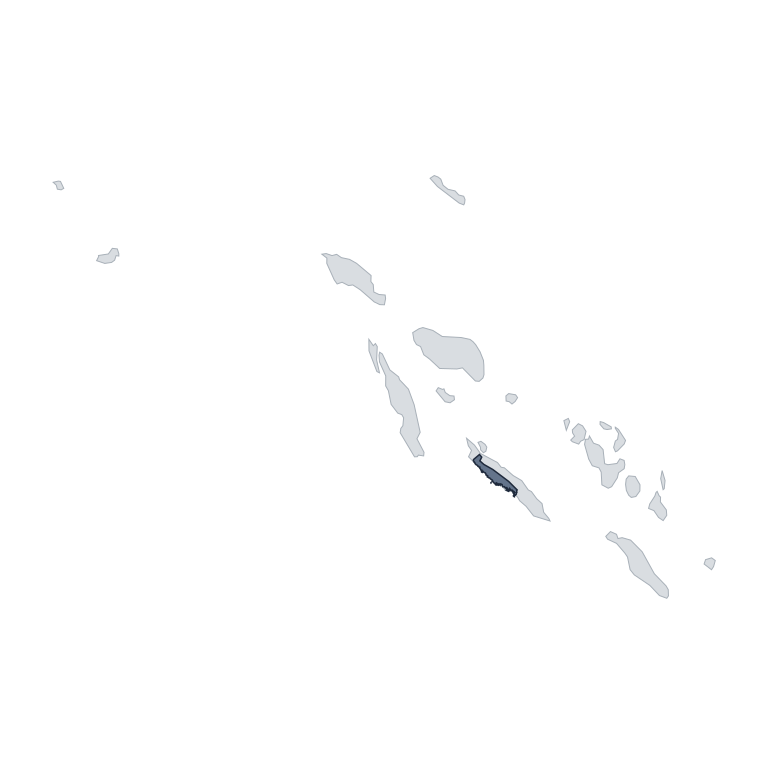 Marigne-Kokota, Isabel, Solomon Islands shown in context, rotated 181°
{"feature_id": "97153195B92946274587204", "entity_name": "Marigne-Kokota", "entity_type": "district", "adm_level": 2, "iso_a3": "SLB", "parent_name": "Solomon Islands", "parent_adm1": "Isabel", "projection": "equal_earth", "projection_center": [159.347, -8.097], "detail": "fine", "context": "in_parent", "style": "filled", "palette": "slate", "viewbox_px": 768, "rotation_deg": 181, "n_neighbors": 0, "source": "geoboundaries", "source_scale": "gbopen_adm2", "svg_char_len": 8299}
<svg xmlns="http://www.w3.org/2000/svg" viewBox="0 0 768 768"><g transform="rotate(181 384 384)"><path d="M292.7,388.6L305.8,401.5L311.4,400.3L328.6,400.5L338.8,409.7L344.7,413.9L348.1,422.1L352.2,424.0L354.8,428.2L356.2,435.9L349.9,439.9L346.1,441.1L336.1,438.4L326.6,432.5L307.6,431.8L298.8,430.1L295.8,427.9L293.0,424.9L288.5,417.8L285.0,409.4L284.5,404.5L284.2,395.1L285.2,391.7L288.9,388.3L292.7,388.6ZM352.2,311.7L367.0,335.6L366.4,339.9L364.4,342.6L363.8,350.6L365.7,353.7L369.7,355.1L376.5,363.7L379.5,377.4L382.3,382.1L382.4,392.1L388.9,406.0L389.5,412.7L388.9,415.7L386.2,414.0L378.4,398.2L369.5,391.4L368.5,388.5L359.5,379.3L353.5,363.8L347.0,336.3L350.1,329.8L342.8,316.4L343.1,312.8L348.4,313.5L349.4,311.9L352.2,311.7ZM298.6,323.7L300.5,331.2L292.5,324.5L286.4,316.3L269.1,307.4L265.4,302.8L262.2,302.3L253.4,294.8L244.6,289.8L237.9,280.6L234.7,279.0L229.3,271.9L223.9,267.2L222.1,258.5L216.9,252.5L215.6,249.9L232.1,254.7L239.8,264.2L246.3,269.6L248.6,273.4L254.5,278.8L259.8,279.2L265.1,284.6L269.9,286.0L273.7,288.8L298.2,312.7L295.3,319.1L298.6,323.7ZM409.4,477.8L416.9,482.5L421.2,481.8L427.7,485.0L432.6,483.2L435.6,487.3L443.3,503.6L443.3,508.9L448.4,512.7L444.1,513.4L438.2,511.5L433.6,512.8L428.8,509.6L420.6,508.0L413.6,504.2L398.8,492.2L398.9,486.2L396.5,483.2L395.8,475.8L390.6,473.4L384.4,473.0L383.9,469.4L385.0,463.2L389.6,463.3L395.2,465.9L409.4,477.8ZM157.7,232.7L159.6,235.5L155.0,240.4L148.9,237.8L147.4,233.6L143.2,234.5L134.7,232.2L122.9,220.7L110.4,199.0L98.4,187.0L96.2,183.3L95.9,177.1L97.5,174.7L104.9,177.3L114.6,187.2L130.4,197.5L134.7,202.7L137.5,215.3L140.2,219.1L148.7,228.7L157.7,232.7ZM174.3,305.9L178.0,312.5L182.4,327.1L181.6,332.2L178.5,332.5L177.7,335.6L173.5,328.5L167.9,326.6L163.8,322.2L162.0,308.2L158.8,307.2L149.7,308.6L146.8,313.3L142.6,311.8L141.8,307.6L142.4,303.5L147.9,299.4L149.1,294.2L154.6,285.3L158.0,283.7L164.4,287.0L165.3,299.7L167.6,303.9L174.3,305.9ZM341.5,590.5L337.4,593.3L333.6,591.9L330.8,589.8L328.4,583.7L323.4,579.8L316.3,578.3L312.6,574.3L307.6,573.1L306.2,569.8L306.6,566.3L307.4,564.5L312.0,566.2L334.0,582.4L341.5,590.5ZM110.1,280.3L109.0,281.4L107.0,277.1L105.5,275.7L105.6,270.9L99.5,263.0L99.0,257.6L102.5,252.3L107.2,255.4L111.9,262.1L117.3,264.2L116.2,268.7L111.3,276.6L110.1,280.3ZM140.2,293.1L137.7,296.4L131.2,295.9L126.3,287.7L126.3,281.5L130.2,275.9L134.8,274.9L137.4,277.1L139.8,281.8L140.7,287.8L140.2,293.1ZM194.9,341.4L189.0,347.7L184.7,345.6L181.2,340.2L183.0,331.9L186.4,330.2L188.3,327.3L194.7,329.6L196.3,331.2L192.5,335.2L194.6,338.4L194.9,341.4ZM671.7,507.5L661.9,509.2L658.0,514.9L653.0,514.4L651.4,509.6L651.4,507.3L654.1,507.7L655.5,503.1L658.5,500.8L665.3,499.7L673.5,502.3L671.5,506.5L671.7,507.5ZM399.6,416.9L399.9,428.4L395.4,422.1L393.3,424.3L391.4,421.3L391.8,407.9L388.7,395.1L391.3,396.3L399.6,416.9ZM152.0,343.8L152.0,344.9L148.8,342.7L141.5,331.8L142.8,328.2L149.4,321.2L151.4,320.3L153.3,324.6L151.7,331.0L149.5,332.7L148.6,338.7L152.0,343.8ZM317.6,366.4L322.6,367.3L331.8,378.0L329.7,381.3L325.4,379.6L324.0,380.2L322.6,376.6L318.0,373.5L313.8,373.2L313.3,369.5L317.6,366.4ZM259.2,376.6L252.2,375.5L250.2,372.7L252.6,368.8L255.7,366.2L258.5,368.5L261.6,369.1L261.9,374.2L259.2,376.6ZM59.4,214.0L53.4,215.9L49.7,213.3L51.3,207.2L53.3,204.0L60.8,209.6L59.4,214.0ZM289.0,327.3L286.1,328.4L281.9,325.4L280.1,322.7L281.0,318.5L283.4,317.0L286.2,319.8L286.5,322.6L289.0,327.3ZM718.3,579.9L713.1,581.2L711.0,580.9L707.6,574.0L710.2,572.5L714.0,573.1L715.1,577.1L718.3,579.9ZM167.3,347.4L167.2,350.2L163.8,349.3L156.1,345.1L155.9,343.1L160.2,342.4L163.4,343.0L167.3,347.4ZM105.7,294.2L104.4,302.3L101.3,292.4L102.0,284.2L103.1,283.2L105.7,294.2ZM203.5,350.5L199.1,352.8L197.7,349.6L200.9,340.9L203.5,350.5Z" fill="#d9dde1" stroke="#a8b0b8" stroke-width="1"/><path d="M287.3,315.2L293.0,310.2L293.3,309.7L293.3,309.1L293.3,308.8L293.1,308.6L292.7,308.1L292.5,307.8L292.5,307.5L292.5,307.4L292.2,307.3L292.0,307.2L291.8,306.9L291.8,306.7L291.7,306.6L291.7,306.4L291.4,306.0L291.4,305.8L291.0,305.5L290.8,305.2L290.7,305.1L290.5,304.9L290.4,304.9L290.2,304.9L289.8,304.7L289.6,304.5L289.2,304.2L288.7,303.6L288.6,303.3L288.1,303.2L287.8,303.0L287.7,303.1L287.4,302.7L287.3,302.4L287.2,302.2L286.9,302.1L286.9,301.9L286.8,301.7L286.7,301.8L286.7,301.7L286.4,301.2L286.0,300.6L285.9,300.3L285.5,299.7L285.4,299.2L285.1,299.2L285.0,298.9L284.9,299.0L284.9,298.8L284.9,298.7L284.8,298.8L284.8,299.0L284.7,299.0L284.4,298.7L284.2,298.6L283.9,298.7L283.4,298.0L283.2,298.1L283.1,297.8L282.4,297.4L282.2,297.3L281.7,297.2L281.1,296.9L280.9,296.6L280.6,296.0L280.5,295.6L280.5,295.2L280.3,295.0L280.2,294.7L280.2,294.8L280.2,294.7L279.9,294.7L279.5,294.4L279.3,294.0L279.1,293.8L279.0,294.0L278.9,294.0L278.7,294.1L278.4,293.8L278.2,293.7L278.5,293.8L278.8,293.9L278.9,293.5L278.9,293.2L279.1,293.1L279.0,292.8L278.7,292.9L278.6,293.0L277.9,292.4L277.6,292.0L277.0,292.0L276.8,291.9L276.6,291.9L276.5,291.7L276.3,291.4L275.9,290.9L275.2,290.6L274.8,290.2L274.5,290.0L274.2,290.0L274.1,289.9L273.9,289.6L273.7,289.3L273.7,288.8L273.7,288.7L273.7,288.2L273.8,288.4L273.6,288.0L273.6,288.3L273.3,288.3L273.1,287.8L272.8,287.7L272.6,287.2L272.0,286.9L271.8,286.7L271.4,286.5L271.2,286.1L271.0,285.6L270.9,285.5L270.6,285.4L270.4,285.0L270.2,284.9L269.9,284.9L269.7,284.9L269.9,285.1L269.8,285.3L270.0,285.4L270.0,285.7L270.1,285.9L270.1,286.0L269.9,286.0L269.7,286.1L269.8,286.3L270.0,286.8L270.0,287.1L269.9,287.1L269.7,287.1L269.6,286.6L269.5,286.4L269.4,286.2L269.1,286.1L269.1,286.5L268.9,286.3L268.7,286.1L268.9,286.1L268.8,285.9L268.7,285.9L268.3,285.1L268.1,285.0L267.9,285.0L267.0,284.4L267.4,284.9L267.5,285.3L267.6,285.6L267.4,285.6L267.4,285.9L267.2,285.8L267.1,286.0L267.0,285.9L267.0,285.7L266.8,285.4L266.4,285.4L266.3,285.2L266.2,285.1L266.2,285.3L266.3,285.3L266.3,285.8L266.2,285.8L266.1,286.0L265.9,286.2L265.7,286.2L265.3,286.1L265.2,285.7L265.1,285.4L264.8,285.4L264.6,285.5L264.3,285.6L264.1,285.5L264.1,285.3L264.1,285.1L264.1,284.5L264.2,284.2L264.1,284.3L263.9,284.2L263.8,284.3L263.7,284.2L263.7,284.3L263.7,284.1L263.6,283.9L263.6,283.7L263.4,283.3L263.2,283.2L262.9,283.1L262.7,283.0L262.7,282.9L262.6,283.1L262.2,283.4L262.1,283.5L261.9,283.5L261.8,283.4L261.6,283.3L261.5,283.1L261.3,282.5L261.1,282.5L260.9,282.2L260.6,282.0L260.7,282.3L260.4,282.4L260.1,282.4L259.9,282.4L259.9,282.5L259.9,282.4L259.7,282.4L259.8,282.4L259.7,282.4L259.6,282.6L259.4,282.6L259.3,282.4L258.9,281.8L258.9,281.5L258.9,281.4L259.0,281.3L258.9,281.1L258.6,280.7L258.8,280.8L258.7,280.5L258.2,280.2L258.0,279.8L258.1,279.7L258.8,280.1L259.4,280.2L259.4,280.3L259.6,280.1L259.8,280.0L259.3,279.8L258.7,279.5L258.0,279.0L257.7,278.9L257.7,279.0L257.6,279.4L257.4,279.5L257.0,279.5L256.5,279.7L256.6,279.8L256.9,280.1L257.0,280.2L257.1,280.3L257.1,280.6L257.3,280.8L257.6,281.0L257.3,281.0L257.0,280.8L256.8,281.0L256.8,280.8L256.6,280.7L256.4,280.9L256.4,281.0L256.2,280.7L256.0,280.8L256.0,280.7L255.9,280.6L255.9,280.3L255.7,280.3L255.4,280.3L255.1,280.2L254.8,280.1L254.6,279.9L254.5,280.1L254.1,280.2L253.9,280.0L253.9,279.8L254.0,279.7L253.9,279.6L253.7,279.5L253.6,279.4L253.8,279.1L253.8,278.8L253.7,278.7L253.4,278.5L253.3,278.4L253.2,278.5L253.0,278.8L252.9,278.8L252.7,279.0L252.5,278.7L252.4,278.9L252.4,278.7L252.2,278.6L251.9,278.5L251.9,278.4L251.8,278.1L252.0,277.7L251.9,277.6L252.0,277.5L251.8,277.5L252.1,277.2L252.2,276.9L252.2,276.7L252.3,276.7L252.2,276.6L252.3,276.6L252.3,276.4L252.3,276.1L252.2,275.9L251.4,275.4L251.5,275.3L251.4,275.4L251.2,275.1L250.9,274.9L250.4,275.5L250.0,275.9L249.7,276.4L249.7,277.1L249.7,277.6L249.3,277.9L249.5,278.3L249.4,278.5L249.4,278.9L249.4,279.3L249.5,279.5L249.4,280.0L249.2,280.0L249.0,280.4L257.7,288.8L273.7,300.4L282.7,305.3L286.8,308.8L285.0,312.6L287.3,315.2ZM284.6,297.9L284.6,297.6L284.5,297.4L284.2,297.3L284.1,297.5L284.3,297.8L284.5,297.8L284.6,297.9ZM275.4,287.1L275.3,286.9L275.2,287.0L275.3,287.2L275.3,287.3L275.4,287.2L275.4,287.1ZM284.8,298.6L284.7,298.4L284.6,298.2L284.7,298.4L284.7,298.6L284.8,298.6ZM259.2,281.0L259.0,280.8L258.9,280.9L259.0,280.9L259.2,281.0ZM252.6,274.5L252.4,274.3L252.4,274.5L252.5,274.6L252.6,274.5ZM253.0,274.6L252.9,274.5L252.7,274.4L252.8,274.5L253.0,274.6ZM251.7,273.6L251.8,273.5L251.7,273.4L251.8,273.5L251.7,273.5L251.7,273.6Z" fill="#64748b" stroke="#1e293b" stroke-width="1.5"/></g></svg>